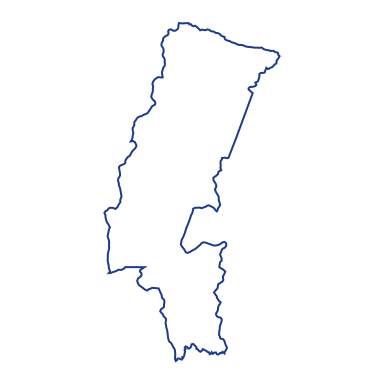 Rancharia, São Paulo, Brazil (orthographic projection)
{"feature_id": "56859067B22879674768233", "entity_name": "Rancharia", "entity_type": "district", "adm_level": 2, "iso_a3": "BRA", "parent_name": "Brazil", "parent_adm1": "São Paulo", "projection": "orthographic", "projection_center": [-50.923, -22.313], "detail": "fine", "context": "isolated", "style": "outline", "palette": "blue", "viewbox_px": 384, "rotation_deg": 0, "n_neighbors": 0, "source": "geoboundaries", "source_scale": "gbopen_adm2", "svg_char_len": 5988}
<svg xmlns="http://www.w3.org/2000/svg" viewBox="0 0 384 384"><path d="M213.5,31.5L212.0,31.4L210.8,31.1L209.4,29.9L207.4,29.4L205.7,30.1L204.3,30.1L201.7,29.6L200.2,30.3L198.8,28.8L196.5,26.7L195.0,25.7L193.6,26.2L192.2,25.8L191.0,24.3L189.2,24.4L188.7,23.1L183.6,23.3L182.0,23.4L179.0,23.0L178.5,24.8L178.3,27.7L177.8,28.9L176.6,29.9L175.5,30.6L174.2,30.8L172.8,30.5L171.1,29.4L169.3,29.6L168.2,31.0L168.5,33.4L167.7,35.2L166.3,35.7L164.7,36.7L163.5,37.9L163.1,39.2L163.0,40.7L162.1,42.2L161.4,44.0L161.6,45.9L163.1,48.0L163.6,49.8L163.6,52.1L162.6,54.3L163.0,56.5L164.2,58.0L164.7,59.5L164.7,62.0L164.9,64.2L164.7,65.9L163.4,67.4L162.8,69.4L162.4,70.8L161.9,72.6L162.7,77.4L160.7,77.5L159.5,77.2L157.8,77.3L155.9,78.5L154.5,79.7L153.0,81.9L152.4,84.1L153.2,86.4L152.8,88.8L152.9,91.0L152.3,92.8L151.2,96.5L151.9,98.3L153.0,99.7L153.9,100.6L155.0,101.4L155.3,103.7L154.6,105.0L153.3,105.5L152.1,106.2L151.5,107.4L150.5,108.8L149.4,110.5L147.6,113.1L144.9,114.4L143.3,114.9L141.8,116.1L140.2,116.4L138.5,116.9L137.1,118.1L135.8,120.2L134.3,122.2L134.3,124.1L134.2,125.5L132.8,127.7L132.6,129.6L133.0,131.4L133.4,132.9L132.8,135.3L132.6,136.9L132.1,139.1L130.8,141.4L132.9,141.0L134.8,142.0L136.4,145.2L136.2,146.8L135.2,148.2L132.5,151.1L131.5,152.5L129.8,155.8L128.0,156.8L125.5,160.1L125.2,163.0L124.2,163.9L123.0,164.5L120.3,165.6L119.0,167.0L119.3,169.6L119.7,171.6L120.0,173.2L120.1,175.0L119.5,176.7L118.1,178.8L118.1,181.0L118.8,183.1L118.9,185.5L119.7,187.1L120.1,188.7L120.7,191.5L121.5,196.6L120.2,200.0L120.4,202.0L118.3,205.3L117.8,206.6L115.6,208.9L114.2,208.4L112.6,207.8L110.2,207.8L108.9,208.3L106.9,210.5L105.5,211.2L104.4,213.0L105.5,215.3L105.5,216.9L105.8,218.7L106.3,220.5L107.1,222.6L108.4,224.4L109.0,225.6L109.9,227.3L109.1,229.1L108.1,233.7L107.6,236.2L108.1,238.1L108.9,239.9L109.2,242.9L109.0,245.9L109.2,247.3L109.1,248.7L108.1,252.8L107.8,254.5L107.8,258.3L107.6,260.4L108.6,265.2L109.0,268.8L109.8,270.2L109.8,271.7L108.8,273.1L110.9,272.8L113.2,272.0L115.5,271.3L118.8,269.7L120.5,269.9L122.2,269.6L124.1,268.4L125.2,267.1L144.4,267.2L142.6,268.4L141.4,269.2L140.0,270.4L140.0,271.8L141.1,272.7L141.6,273.9L141.3,275.9L139.9,277.1L138.0,278.5L137.2,280.7L137.6,282.3L138.4,284.2L139.5,285.5L142.3,287.5L144.3,289.1L145.3,289.8L147.2,290.6L148.5,289.3L150.6,288.7L152.1,287.8L158.6,288.4L161.5,294.8L161.8,296.5L162.4,298.3L164.1,299.8L164.5,301.6L164.0,304.4L164.0,307.0L160.9,309.5L160.2,311.3L161.4,312.9L162.7,314.0L163.4,315.8L164.3,317.0L165.6,318.2L166.1,319.9L165.7,321.9L165.6,323.7L166.0,325.3L166.3,327.4L166.7,328.8L167.2,330.2L167.3,331.6L167.6,333.5L167.9,336.0L168.1,338.0L168.7,340.1L169.3,341.6L170.9,342.8L172.1,344.7L173.1,346.8L174.2,348.5L174.8,349.7L175.2,353.2L175.3,354.9L175.1,356.5L175.0,358.7L175.8,361.0L177.1,360.1L177.4,358.7L179.1,358.4L180.3,359.1L181.7,359.6L182.8,358.4L182.2,357.2L183.8,356.7L184.3,355.3L184.6,353.3L185.1,351.8L184.5,350.1L185.6,349.0L184.7,347.7L185.6,346.4L187.4,347.1L188.0,348.4L189.5,348.4L190.8,347.1L191.3,345.9L191.5,344.4L193.2,343.9L195.3,346.0L196.5,347.3L196.4,348.9L197.8,349.3L198.4,350.4L200.3,351.8L202.2,350.4L202.8,349.1L204.7,350.0L206.3,350.9L207.5,352.0L209.1,352.3L209.6,354.2L210.8,353.8L211.7,352.2L212.8,353.8L214.2,352.6L216.0,352.5L216.8,354.2L218.4,354.5L220.2,352.9L221.7,353.2L222.4,351.8L223.5,352.6L224.5,353.4L224.6,352.0L225.6,350.7L227.0,347.9L226.3,346.0L225.6,344.8L224.3,340.8L223.3,339.3L221.9,339.0L220.2,338.3L219.9,336.5L219.0,334.8L219.2,333.0L219.3,331.2L219.6,329.5L219.9,326.2L220.3,324.9L221.2,322.7L221.8,319.9L221.3,318.4L220.2,317.5L218.2,317.2L216.8,316.1L216.1,314.8L216.1,313.4L217.2,311.7L217.9,309.8L218.1,307.4L218.8,305.5L220.1,303.8L220.6,302.2L219.0,301.0L217.9,299.2L217.0,298.0L216.8,296.3L215.4,294.5L214.0,292.5L215.3,290.7L217.6,288.1L217.8,286.3L218.2,284.2L221.1,282.4L222.4,281.6L223.3,280.1L222.9,276.4L223.7,275.0L224.7,273.1L225.2,271.4L222.6,269.1L221.4,268.6L219.3,267.1L219.7,264.4L220.1,262.1L221.6,260.9L221.6,258.4L220.9,256.6L220.0,254.2L221.3,251.6L221.6,250.2L222.5,248.9L225.1,247.4L226.3,245.5L226.3,244.0L225.8,242.7L224.2,241.9L222.5,242.4L220.4,244.0L218.2,245.0L216.2,245.4L214.3,245.6L212.2,245.1L210.6,244.3L208.8,243.8L207.5,243.3L205.2,242.5L203.5,242.3L202.2,242.8L201.1,243.7L200.1,244.9L198.8,246.0L196.5,248.0L194.7,249.3L192.7,250.2L191.2,251.2L189.6,252.1L187.9,252.9L185.9,252.4L185.0,250.8L183.8,248.8L182.8,247.6L181.9,246.4L180.8,244.4L181.3,242.4L181.5,240.4L183.6,236.1L184.7,233.3L186.6,227.3L188.1,223.9L189.3,220.4L190.1,218.5L191.0,215.2L191.8,214.0L192.5,212.3L193.2,208.7L194.9,207.9L197.2,207.7L198.6,207.7L200.2,207.7L201.6,208.3L202.9,207.7L204.3,207.2L205.9,206.6L207.1,205.7L208.8,205.3L210.2,206.0L211.7,206.7L212.9,207.4L214.4,208.5L215.5,210.3L216.8,211.3L217.7,209.7L217.9,208.4L219.1,206.9L220.2,204.9L219.6,202.9L219.1,201.2L218.7,199.6L218.8,197.5L218.3,196.1L217.5,194.5L216.4,192.8L215.4,190.9L215.0,189.5L215.6,188.1L216.4,186.2L216.1,184.8L215.5,183.4L214.4,181.6L213.4,180.1L213.4,177.7L214.9,176.6L216.3,175.7L218.0,174.0L218.6,171.6L221.2,170.2L220.5,168.2L220.7,165.6L220.5,161.4L221.8,159.5L222.1,158.0L224.9,157.7L227.1,158.2L228.5,157.8L236.9,136.0L252.7,93.1L248.6,89.5L248.6,88.2L250.1,86.9L252.8,86.8L254.1,86.5L255.4,86.0L256.4,84.8L255.3,82.6L256.6,82.1L257.9,81.3L258.9,78.6L259.4,76.9L259.3,74.2L260.7,73.0L262.4,72.9L264.6,72.6L265.3,70.5L266.4,67.8L267.8,69.0L269.1,68.7L270.3,67.8L272.2,67.1L273.4,65.9L274.4,64.7L276.4,63.4L276.6,60.6L278.3,58.4L279.6,56.2L278.3,55.0L278.1,53.0L277.0,52.4L275.1,52.1L273.8,51.0L272.2,50.8L270.4,51.0L269.0,50.3L267.4,50.2L266.2,49.8L264.9,49.6L263.2,48.9L262.1,47.7L260.7,47.6L259.0,47.9L257.3,47.6L255.3,47.7L253.6,47.5L252.3,47.3L248.4,46.9L246.2,46.6L242.7,45.2L241.2,44.9L239.9,45.0L238.2,44.7L236.1,43.9L234.6,43.0L233.1,42.7L231.4,42.2L229.8,41.1L227.6,40.6L226.1,40.0L224.8,38.9L224.5,36.9L222.6,36.4L220.9,35.4L219.6,33.9L217.7,33.1L216.2,33.0L214.9,32.4L213.5,31.5Z" fill="none" stroke="#1e3a8a" stroke-width="2"/></svg>